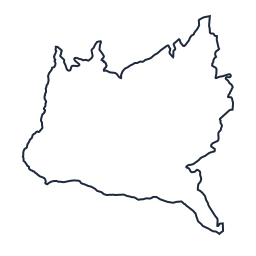 outline of Équateur, rotated 268°
{"feature_id": "COD-1461", "entity_name": "Équateur", "entity_type": "Province", "adm_level": 1, "iso_a3": "COD", "parent_name": "Democratic Republic of the Congo", "parent_adm1": "", "projection": "orthographic", "projection_center": [21.263, 1.316], "detail": "fine", "context": "isolated", "style": "outline", "palette": "slate", "viewbox_px": 256, "rotation_deg": 268, "n_neighbors": 0, "source": "natural_earth", "source_scale": "10m", "svg_char_len": 5824}
<svg xmlns="http://www.w3.org/2000/svg" viewBox="0 0 256 256"><g transform="rotate(268 128 128)"><path d="M43.4,189.7L48.6,183.4L50.0,182.2L50.3,181.3L52.1,179.6L52.7,178.8L52.5,173.9L51.8,171.1L51.8,169.7L52.9,164.6L55.6,157.7L57.9,154.3L58.1,153.9L58.2,150.7L57.8,149.8L57.4,149.5L56.7,147.5L57.1,143.9L56.2,140.3L56.3,138.1L55.9,136.2L56.7,134.5L57.3,133.9L58.4,131.9L58.6,131.4L58.7,129.7L59.7,126.6L60.0,125.0L61.6,121.4L61.5,112.9L61.9,110.6L61.8,109.4L61.9,106.7L61.7,104.6L62.7,101.7L63.7,100.3L64.2,100.2L65.2,98.3L66.1,95.2L68.1,93.2L68.3,93.1L70.6,89.3L71.2,87.4L71.4,86.3L72.7,83.9L74.3,79.6L74.7,79.1L76.6,77.9L77.1,76.5L77.5,72.5L77.3,69.0L76.1,61.8L76.7,58.4L76.7,56.5L77.5,55.0L77.6,52.5L77.3,50.2L76.9,49.1L75.6,46.5L74.9,45.8L74.6,45.3L74.8,44.7L75.2,44.0L75.7,43.5L76.3,43.5L76.8,43.9L77.9,43.9L79.7,43.4L80.6,42.7L81.3,41.8L82.7,38.3L83.4,37.4L84.3,36.6L84.6,35.8L85.4,35.4L86.4,33.8L87.8,32.7L88.0,31.6L88.7,31.0L89.3,29.2L90.6,27.9L91.1,27.7L92.8,27.6L94.0,25.9L95.3,25.3L97.7,23.8L98.7,22.6L99.3,22.5L101.7,22.5L103.1,21.9L104.1,22.4L107.5,22.5L108.9,23.0L110.5,23.8L112.0,26.2L115.1,26.9L117.4,28.5L119.7,29.6L121.5,31.6L124.3,32.5L125.3,33.8L125.9,35.1L126.6,35.5L127.5,36.7L127.7,37.2L127.1,38.6L127.4,39.2L130.9,42.4L131.6,42.5L133.9,42.2L136.1,42.2L136.8,42.1L137.9,41.4L139.0,41.3L141.5,41.9L144.6,42.9L145.6,44.4L146.7,44.8L146.9,45.3L147.9,45.5L148.3,45.8L148.9,45.6L149.8,44.7L150.5,44.6L152.9,46.2L153.5,46.3L155.6,46.4L156.2,46.9L157.4,47.1L160.0,45.7L160.5,45.7L162.8,45.7L163.8,46.3L165.1,46.3L166.4,47.2L167.1,47.3L168.7,47.4L170.1,47.1L171.7,47.8L173.6,48.2L174.3,48.9L175.8,49.7L178.5,50.3L181.7,50.1L182.5,49.8L183.7,50.4L185.2,50.8L189.0,53.8L190.9,54.3L191.3,56.1L191.6,56.5L193.3,57.5L195.2,57.8L197.0,57.2L197.3,56.9L198.8,57.7L199.7,57.0L200.9,56.8L201.8,56.5L202.4,56.9L203.3,57.0L203.6,57.4L204.3,57.6L205.2,58.2L206.9,58.6L207.3,59.0L208.9,58.3L210.7,58.8L211.7,58.7L211.6,60.0L211.1,61.0L209.9,62.1L208.5,63.8L207.9,64.4L207.2,64.5L206.0,63.8L204.4,63.7L203.0,62.9L202.4,62.8L201.5,63.4L198.7,66.3L197.6,66.6L195.7,66.4L193.6,67.5L188.8,68.9L187.8,69.9L187.4,70.8L187.4,71.4L187.5,71.8L188.2,72.6L190.9,73.4L191.8,74.1L192.0,74.5L192.1,75.8L191.6,79.7L191.9,80.5L192.5,81.5L193.2,81.6L193.7,81.3L196.4,78.1L197.6,77.1L198.8,76.7L199.4,76.9L199.7,77.2L199.9,78.3L199.8,79.3L198.6,82.1L198.3,83.8L197.3,85.4L197.6,88.4L196.7,90.6L197.3,91.7L198.8,93.7L199.9,94.6L201.2,95.2L206.3,94.3L207.2,94.4L207.7,94.6L209.4,96.5L212.7,98.2L215.0,100.0L215.4,101.2L215.6,103.7L215.4,103.9L214.8,104.0L211.8,102.9L207.2,102.2L204.0,104.5L201.3,106.1L200.3,106.4L199.3,106.0L197.5,104.2L197.1,104.0L196.9,104.7L196.0,105.0L196.0,105.8L195.7,106.2L194.7,106.4L194.6,107.1L194.1,107.3L193.9,107.8L193.2,108.2L192.6,108.2L191.1,108.8L190.3,108.3L189.6,108.2L188.3,106.6L187.0,105.9L186.3,105.9L186.0,106.0L186.0,106.4L186.2,107.5L186.1,108.2L184.2,111.9L183.6,116.4L183.2,117.5L182.1,118.9L179.4,120.7L178.8,121.3L178.1,122.8L178.3,122.9L179.1,122.8L179.7,123.0L180.2,122.8L182.1,123.2L182.9,123.8L183.6,123.9L185.1,124.8L187.5,127.1L188.9,130.2L190.3,132.2L191.6,135.3L192.6,136.7L192.7,137.4L192.6,138.2L192.7,139.6L193.9,142.4L193.7,145.1L194.2,146.1L195.5,147.8L196.3,151.1L197.0,152.9L197.7,154.0L200.1,156.9L201.7,160.1L204.6,163.5L208.7,169.6L209.0,170.3L209.0,171.2L208.7,171.5L207.0,172.0L205.9,173.0L204.8,172.9L202.4,172.1L201.4,172.2L200.3,172.8L197.2,175.5L197.6,175.7L203.1,176.1L203.8,176.4L204.7,177.7L205.1,177.9L205.9,177.9L210.1,176.5L211.0,177.2L213.7,180.6L214.8,181.6L214.9,182.2L214.4,182.7L211.4,183.5L208.1,186.1L207.9,186.9L208.3,187.5L209.0,188.3L213.5,192.0L215.8,193.0L217.6,194.2L218.4,195.2L218.8,196.3L219.3,196.9L220.9,197.6L225.0,201.0L227.3,202.3L228.6,202.7L232.8,202.5L233.5,202.7L233.8,203.1L235.6,206.6L236.1,208.3L237.0,213.7L227.7,212.6L225.7,212.8L225.0,213.1L220.6,213.2L219.9,213.6L219.5,214.3L219.4,216.4L219.1,216.7L218.7,217.1L217.6,217.7L217.1,218.2L216.9,218.7L216.8,220.0L216.1,220.1L214.1,219.8L212.7,219.8L205.0,221.3L203.9,221.8L203.3,221.4L201.5,218.7L200.4,218.0L199.5,217.8L198.1,217.7L196.0,218.5L195.1,217.1L192.8,215.7L191.2,215.6L189.0,214.3L188.0,214.5L187.4,214.3L186.9,214.9L185.3,217.6L184.2,218.4L183.4,218.5L179.2,218.2L175.2,217.2L174.8,217.5L174.9,218.4L175.9,220.6L176.5,224.6L178.2,230.8L178.1,231.7L177.8,232.1L177.1,232.5L176.2,232.5L175.4,231.8L175.2,231.0L175.4,229.0L175.2,228.1L174.8,227.6L173.9,227.4L173.2,227.9L172.4,229.0L171.4,229.9L169.3,231.0L167.8,232.9L165.4,234.1L164.0,233.5L163.2,232.9L161.5,232.3L160.4,231.3L159.1,231.0L157.7,229.7L156.9,229.5L155.8,229.0L155.5,229.1L155.4,229.4L155.0,232.2L154.0,232.9L149.6,233.8L147.5,233.7L142.7,233.1L142.6,231.0L142.1,229.9L134.0,220.3L133.5,220.1L133.1,220.1L132.3,220.8L130.0,220.6L127.5,221.9L126.6,221.9L124.2,220.9L122.7,220.6L120.9,218.7L120.0,218.2L117.6,218.0L114.8,218.2L112.7,217.8L111.8,216.9L109.8,212.0L108.1,210.6L107.4,210.4L106.8,210.5L106.5,210.7L103.9,214.0L102.2,213.9L101.6,213.6L101.3,211.9L100.3,208.4L97.4,204.0L96.2,200.9L95.4,199.5L93.1,197.2L89.6,191.9L89.0,189.3L89.0,188.0L88.6,186.7L88.0,185.8L87.4,185.1L87.0,184.9L86.6,185.0L86.4,185.3L85.9,186.7L85.4,187.4L84.0,188.4L82.3,189.1L81.6,190.1L81.7,192.6L82.2,193.6L83.4,194.9L83.8,195.6L83.6,196.3L82.5,197.8L82.0,198.3L80.8,198.6L78.6,198.4L75.6,199.3L74.0,199.3L71.8,198.5L69.3,196.3L64.9,195.6L63.8,195.7L62.7,197.8L61.6,199.1L60.1,200.5L57.7,202.3L56.6,202.8L53.2,203.6L50.8,205.0L47.8,205.8L46.4,206.5L37.1,212.0L34.2,214.2L32.0,214.3L27.1,213.8L26.9,214.3L27.0,214.9L28.8,215.9L29.2,216.5L29.3,219.4L21.8,219.4L19.9,216.6L19.0,215.6L21.2,212.7L21.5,212.0L21.7,210.0L22.0,209.1L23.6,206.4L24.5,205.2L27.5,199.3L29.5,197.8L32.2,194.9L32.7,194.6L35.0,194.0L36.9,193.3L38.8,192.9L40.5,192.4L41.1,191.6L42.1,191.0L43.4,189.7Z" fill="none" stroke="#1e293b" stroke-width="2"/></g></svg>